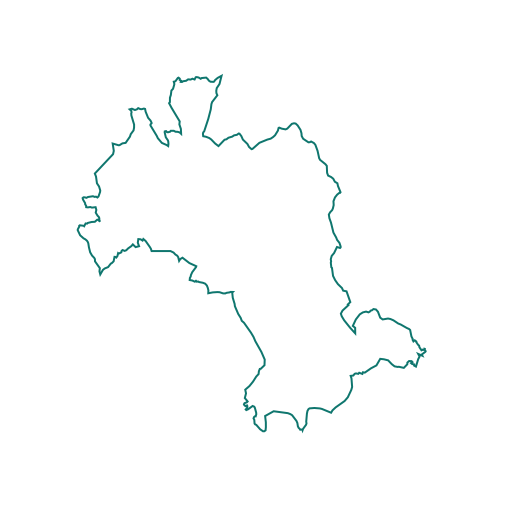 Xochiatipan, Hidalgo, Mexico, rotated 133°
{"feature_id": "50627088B51717309851440", "entity_name": "Xochiatipan", "entity_type": "district", "adm_level": 2, "iso_a3": "MEX", "parent_name": "Mexico", "parent_adm1": "Hidalgo", "projection": "natural_earth1", "projection_center": [-98.279, 20.863], "detail": "fine", "context": "isolated", "style": "outline", "palette": "teal", "viewbox_px": 512, "rotation_deg": 133, "n_neighbors": 0, "source": "geoboundaries", "source_scale": "gbopen_adm2", "svg_char_len": 6096}
<svg xmlns="http://www.w3.org/2000/svg" viewBox="0 0 512 512"><g transform="rotate(133 256 256)"><path d="M205.0,92.8L205.0,94.2L205.8,96.6L207.4,103.4L208.4,106.0L209.3,111.6L210.4,114.7L211.7,116.8L216.0,120.1L216.4,123.1L213.6,128.8L213.3,131.8L214.7,133.9L216.7,134.2L217.8,134.9L219.1,134.8L220.5,135.3L221.6,137.6L224.4,139.4L227.9,140.3L234.3,139.7L241.1,137.5L240.9,134.5L244.9,130.7L244.3,138.1L242.9,147.7L241.6,152.2L240.3,154.6L236.9,155.5L228.9,154.9L228.8,155.8L225.4,155.6L220.1,165.7L221.9,168.6L220.8,171.3L220.7,176.9L219.7,181.6L218.0,186.1L212.9,192.3L212.9,193.2L209.9,196.7L208.7,197.4L207.4,199.1L204.3,200.7L200.6,200.9L194.2,202.9L192.8,200.0L192.0,200.0L191.3,200.6L189.5,203.9L188.9,207.7L187.8,210.0L186.1,215.3L180.4,224.0L178.3,228.1L176.0,231.0L173.5,231.6L170.5,231.6L168.8,232.2L165.8,233.9L163.1,236.7L159.3,238.2L155.7,238.5L153.0,238.1L152.5,237.6L151.7,237.7L148.9,243.8L147.3,246.1L147.9,249.0L146.8,252.2L147.0,254.9L148.0,258.1L146.7,260.7L141.8,265.7L141.5,267.8L142.0,274.6L141.4,276.5L137.1,282.7L134.2,288.4L133.9,290.7L134.7,293.8L136.0,294.2L137.1,295.2L138.1,301.5L137.1,304.4L135.2,306.5L133.4,309.5L132.1,314.6L132.1,317.3L133.0,318.7L134.9,319.9L141.5,320.0L143.2,320.7L145.3,324.0L146.3,326.6L147.0,326.8L149.3,325.5L154.7,324.4L157.2,324.6L160.2,325.3L163.1,327.1L170.9,330.7L180.1,331.6L180.9,332.1L181.0,335.4L179.9,338.7L179.8,345.0L178.3,348.5L177.8,351.5L178.2,352.2L180.4,352.6L182.7,354.3L184.9,354.8L188.3,356.8L190.8,357.2L192.4,358.3L201.2,358.4L201.6,362.6L201.3,368.2L201.6,370.6L202.9,373.9L204.4,376.3L202.9,378.1L201.6,378.9L200.2,378.9L188.3,384.4L179.6,389.1L175.3,392.2L173.3,393.1L164.8,393.9L163.9,396.0L162.3,397.7L160.0,399.2L155.1,400.0L147.7,404.1L151.9,405.5L155.2,405.9L157.1,405.6L157.7,405.9L159.6,408.2L159.9,410.1L159.5,411.9L159.5,414.1L162.9,417.1L164.1,417.3L164.6,419.7L165.6,421.4L166.4,422.0L168.8,421.3L169.7,423.4L171.5,424.1L173.1,426.1L175.5,426.6L177.9,428.5L179.2,428.8L180.0,429.8L178.9,430.4L179.3,431.9L178.3,432.7L178.4,434.3L179.1,434.6L183.2,434.1L184.6,435.0L185.9,433.0L187.3,432.2L190.3,430.7L192.7,430.7L196.3,428.1L198.9,426.9L202.2,423.9L203.5,423.8L205.2,418.9L209.6,403.6L212.0,401.8L214.3,397.6L217.7,394.1L217.7,396.2L218.7,398.1L220.0,399.6L220.5,401.5L222.5,403.7L223.7,403.6L225.5,404.7L226.1,405.5L226.0,407.0L227.1,407.7L227.8,407.2L230.7,402.9L231.5,399.3L232.0,398.4L233.7,396.5L235.5,395.2L235.8,397.1L237.5,402.0L236.8,408.1L235.8,410.6L232.5,422.2L231.8,422.9L230.1,422.9L229.8,423.2L228.9,425.5L228.5,429.2L225.7,435.2L224.1,437.4L224.6,438.5L226.7,439.8L227.5,440.9L228.2,443.0L229.9,443.1L231.8,444.1L232.9,447.2L234.9,448.4L234.9,446.2L235.9,444.9L236.8,444.5L238.2,443.0L243.0,434.8L245.3,432.7L247.7,431.2L252.3,430.7L254.7,429.6L262.2,428.5L264.7,430.5L268.0,431.4L268.7,432.0L271.5,437.5L276.1,431.7L279.0,430.0L305.6,430.1L307.0,427.2L311.3,421.9L312.2,418.2L314.3,414.6L315.5,413.7L319.9,411.8L321.4,411.9L321.7,413.5L322.8,414.3L323.5,416.0L327.4,419.1L329.1,419.7L329.9,421.3L330.8,422.2L331.9,422.3L332.7,421.0L333.9,417.0L334.7,416.2L335.1,414.5L336.1,413.5L335.1,412.1L333.2,410.6L332.5,409.0L329.7,406.6L331.2,404.2L333.6,402.8L334.6,399.3L334.6,397.8L335.2,396.4L336.3,395.4L337.3,393.5L337.2,396.4L337.8,396.9L340.9,397.2L343.2,399.4L346.6,401.6L347.5,401.6L348.4,402.8L351.4,402.0L351.4,402.6L353.7,405.8L354.5,405.9L355.1,405.3L358.1,404.5L358.7,404.0L360.8,398.7L360.7,394.2L360.2,392.2L360.1,390.1L360.5,388.5L361.1,387.3L363.6,384.1L366.4,379.8L367.5,376.2L367.7,373.0L368.2,371.6L369.7,370.1L371.4,361.9L374.0,360.0L375.7,357.3L370.5,358.5L368.2,358.1L365.0,356.6L360.6,357.0L359.5,356.6L357.0,356.5L353.1,358.9L352.5,358.1L352.4,357.1L350.6,357.3L347.9,358.8L347.8,358.0L345.2,357.0L343.8,357.8L342.6,357.6L341.9,355.6L340.3,354.8L337.6,354.7L333.8,353.9L331.5,354.0L331.6,350.1L328.6,348.2L326.9,351.5L323.9,353.6L322.5,351.8L322.1,349.5L320.4,350.0L320.3,347.0L321.8,339.9L322.4,337.8L323.6,335.7L310.7,321.9L309.7,318.6L309.9,316.0L309.5,313.8L309.9,312.1L312.0,308.9L309.9,309.3L307.4,308.6L306.6,299.9L304.2,292.7L305.0,292.3L311.3,291.6L314.3,290.6L315.5,289.8L317.1,289.4L318.8,288.1L317.4,285.9L316.5,283.2L315.1,283.0L315.2,281.8L314.1,280.9L313.9,279.9L311.8,276.6L310.9,274.3L311.1,271.8L312.2,269.5L313.6,267.4L315.8,265.5L312.1,262.8L308.7,259.6L307.3,257.9L305.8,254.6L304.4,253.0L303.0,252.4L300.5,250.4L299.7,250.2L298.1,248.4L299.0,248.4L302.4,244.5L305.6,239.0L307.1,237.2L310.5,229.5L311.7,225.0L313.1,222.2L313.0,219.3L315.5,207.4L316.9,202.6L318.8,198.3L322.5,186.6L325.8,179.0L330.1,175.3L335.3,175.6L336.0,176.2L338.3,175.3L340.6,173.6L344.0,173.6L349.9,172.5L355.6,172.1L361.1,172.7L363.3,169.6L367.5,167.3L368.1,162.9L369.2,162.9L371.4,164.0L372.7,163.7L373.0,163.0L373.0,161.3L371.4,160.7L371.6,160.1L372.4,159.3L373.9,158.8L375.2,158.9L375.3,158.0L373.4,157.2L368.0,156.2L367.4,154.5L367.8,153.3L370.4,149.1L371.5,147.9L373.5,146.9L373.8,147.4L374.9,147.6L376.4,147.1L377.0,145.5L379.5,142.8L379.7,141.9L379.3,140.6L379.9,134.8L379.4,131.3L378.5,130.4L377.0,130.1L374.5,132.0L370.9,135.4L366.8,140.2L357.5,137.2L349.2,125.5L348.2,123.0L347.8,121.0L349.0,114.0L349.9,111.9L352.0,109.2L352.6,107.6L352.6,106.1L352.9,105.2L351.3,103.8L351.7,103.1L350.3,103.7L345.3,104.3L344.0,104.9L342.9,106.3L336.5,111.3L334.2,112.7L332.1,113.2L330.9,112.9L327.3,109.6L323.9,105.3L322.9,103.5L319.4,94.2L316.7,94.8L312.4,94.5L301.7,92.3L296.7,92.5L288.9,95.0L286.2,96.4L280.4,102.7L279.1,105.0L277.0,103.3L274.9,103.5L273.7,102.8L272.4,100.8L271.0,100.9L269.7,97.8L268.1,98.5L267.1,96.9L259.7,95.3L253.9,93.3L246.5,95.0L244.3,92.0L242.2,88.2L242.5,82.9L242.2,79.4L240.5,76.7L239.6,76.0L237.0,71.6L232.0,71.5L230.7,72.6L228.4,72.4L226.8,70.5L226.9,69.2L228.6,69.5L228.5,68.1L227.4,66.4L228.3,65.6L227.8,63.6L220.9,67.0L218.0,67.8L217.0,70.6L215.5,66.3L215.0,67.6L210.6,66.8L209.9,67.0L209.7,68.4L208.8,69.1L209.0,69.6L209.5,69.3L210.8,69.7L211.0,70.4L212.1,70.7L211.3,74.2L210.3,75.6L210.4,76.9L209.7,80.0L209.2,80.4L209.4,82.4L211.1,82.6L210.5,84.3L209.9,84.6L208.8,87.5L205.0,92.8Z" fill="none" stroke="#0f766e" stroke-width="2"/></g></svg>